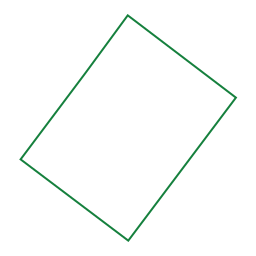 the district of Hardee, Florida, United States of America, rotated 127°
{"feature_id": "52423323B36790328551153", "entity_name": "Hardee", "entity_type": "district", "adm_level": 2, "iso_a3": "USA", "parent_name": "United States of America", "parent_adm1": "Florida", "projection": "natural_earth1", "projection_center": [-81.777, 27.492], "detail": "fine", "context": "isolated", "style": "outline", "palette": "green", "viewbox_px": 256, "rotation_deg": 127, "n_neighbors": 0, "source": "geoboundaries", "source_scale": "gbopen_adm2", "svg_char_len": 234}
<svg xmlns="http://www.w3.org/2000/svg" viewBox="0 0 256 256"><g transform="rotate(127 128 128)"><path d="M217.7,194.9L217.8,60.0L38.8,60.1L38.2,196.0L110.1,195.1L217.7,194.9Z" fill="none" stroke="#15803d" stroke-width="2"/></g></svg>